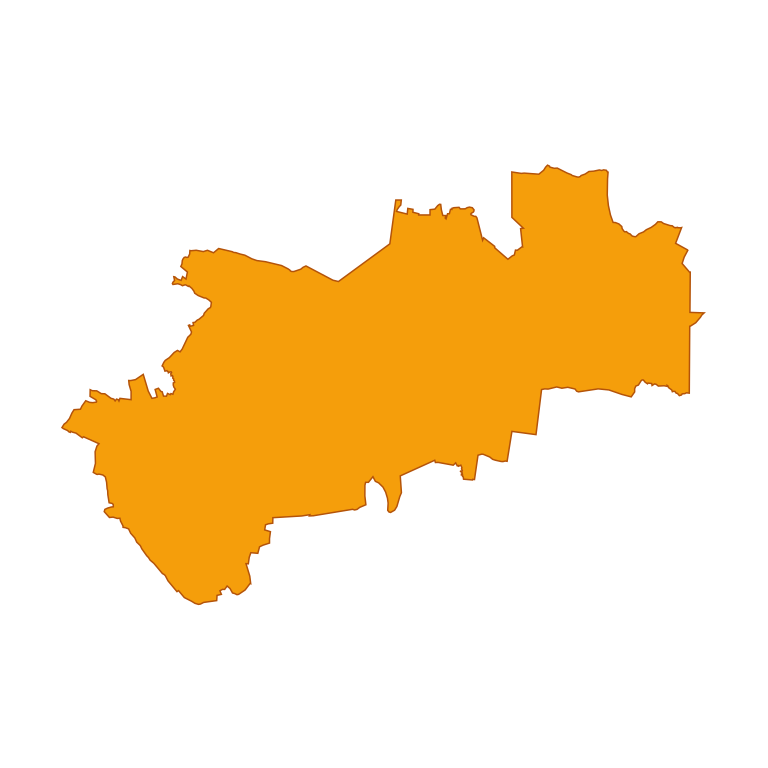 Tileagd, Bihor, Romania, rotated 266°
{"feature_id": "2599482B26148898048823", "entity_name": "Tileagd", "entity_type": "district", "adm_level": 2, "iso_a3": "ROU", "parent_name": "Romania", "parent_adm1": "Bihor", "projection": "equal_earth", "projection_center": [22.211, 47.067], "detail": "fine", "context": "isolated", "style": "filled", "palette": "amber", "viewbox_px": 768, "rotation_deg": 266, "n_neighbors": 0, "source": "geoboundaries", "source_scale": "gbopen_adm2", "svg_char_len": 6119}
<svg xmlns="http://www.w3.org/2000/svg" viewBox="0 0 768 768"><g transform="rotate(266 384 384)"><path d="M519.3,691.8L519.1,690.5L519.4,688.4L519.8,687.7L519.5,687.2L519.8,686.3L519.5,685.5L520.0,684.4L521.7,682.6L522.1,680.4L524.6,674.1L526.4,671.9L526.7,668.5L524.3,665.9L521.6,661.5L519.6,656.4L517.6,653.5L516.1,648.9L513.5,645.6L513.4,644.8L514.2,642.0L516.7,639.8L517.1,638.5L519.1,636.4L518.9,635.0L519.7,634.0L522.4,632.4L524.5,632.2L527.3,629.5L528.9,626.1L529.2,623.8L536.8,621.7L546.3,620.3L556.9,619.9L573.0,621.3L579.7,622.3L579.8,621.8L581.7,620.7L582.3,618.0L581.8,616.1L582.5,613.8L581.7,608.0L581.7,603.3L579.4,599.3L578.2,595.1L577.3,594.3L576.8,592.5L577.1,591.0L578.9,586.2L579.8,585.3L581.7,581.3L587.3,571.9L587.3,568.9L588.8,564.6L589.8,564.3L590.9,562.4L589.0,560.3L586.1,558.2L582.5,553.1L584.6,538.5L584.5,535.7L586.6,526.3L541.3,523.2L529.7,533.9L529.5,531.1L511.1,531.8L511.3,531.3L508.1,526.3L508.4,524.5L503.6,523.0L502.9,520.9L499.8,516.3L512.1,504.0L513.6,504.0L522.9,493.6L520.5,492.4L543.2,488.3L544.8,487.3L545.0,485.6L546.7,482.7L547.5,482.4L548.2,483.0L549.2,485.0L549.9,485.6L551.4,486.0L553.7,484.4L554.5,481.6L554.1,479.2L553.1,477.3L553.2,474.9L553.4,472.3L555.0,471.2L555.0,466.0L554.5,464.0L553.4,463.9L553.6,462.5L549.3,461.1L549.4,459.3L544.4,457.4L545.3,456.6L547.7,457.6L548.0,454.4L553.6,453.4L559.2,453.1L559.4,451.9L558.2,450.0L554.9,446.9L554.7,442.1L549.4,441.7L550.2,430.4L551.4,430.6L553.3,424.8L556.2,425.1L557.5,420.0L551.9,419.0L555.3,408.5L557.3,409.5L560.0,411.7L561.3,413.2L566.3,414.1L566.7,408.6L523.4,399.6L489.4,345.7L491.1,340.3L507.2,314.4L506.1,311.5L504.3,308.9L502.5,302.0L502.6,300.0L503.2,298.6L504.1,298.1L505.5,296.4L509.3,290.1L514.3,274.2L516.0,265.8L518.1,260.9L522.2,254.2L523.7,249.5L525.4,245.3L525.7,243.3L526.6,241.8L530.7,228.5L526.8,223.1L529.7,217.2L528.7,213.0L530.5,206.0L530.4,200.8L530.7,199.7L527.2,199.2L524.1,197.4L524.0,196.2L524.5,194.9L524.2,193.5L522.6,192.1L521.2,191.4L517.8,190.8L515.4,189.5L509.4,195.7L502.5,193.8L505.2,190.6L501.5,188.8L503.1,185.2L505.4,182.9L505.7,181.8L501.9,182.3L500.3,180.6L498.9,179.9L498.0,180.4L498.4,185.3L497.3,188.1L496.1,189.8L496.8,192.4L496.7,193.1L495.0,195.7L495.4,196.3L492.8,199.0L489.8,200.9L487.8,201.5L485.2,204.8L482.4,210.5L482.2,212.2L480.1,215.1L477.5,217.5L473.2,216.6L472.3,216.0L471.3,213.9L467.1,209.6L465.0,208.8L461.5,204.0L460.8,202.2L458.7,199.6L458.6,197.8L455.7,198.1L455.1,194.7L456.5,194.3L456.1,193.0L449.4,195.6L448.1,195.2L447.0,194.7L444.3,191.5L432.9,185.1L430.3,182.8L431.9,180.3L430.1,176.9L425.2,171.6L422.8,167.4L421.0,165.9L417.5,163.9L416.8,164.8L415.7,165.4L412.1,166.4L412.5,168.4L411.7,168.8L411.5,169.5L410.2,169.7L411.0,171.3L410.9,172.6L410.1,172.9L409.1,172.0L406.9,172.2L407.2,173.5L406.3,173.9L404.5,173.7L403.8,174.5L402.5,174.4L401.8,175.1L400.2,175.2L399.8,173.9L397.7,173.7L395.5,174.2L393.4,175.5L390.7,173.5L388.5,172.7L389.3,170.8L388.3,170.0L389.7,167.4L387.0,166.1L387.3,163.2L391.7,162.2L392.2,160.9L395.5,158.7L394.5,155.3L386.9,156.8L386.2,154.5L385.9,151.5L393.4,148.3L410.4,144.5L405.7,136.4L405.1,131.6L405.3,129.6L401.2,129.7L394.3,131.2L386.0,130.6L388.1,119.6L385.5,118.4L387.0,117.7L387.6,116.1L385.9,114.6L387.8,113.4L388.8,110.6L393.7,104.9L394.1,101.3L397.2,97.0L397.7,92.4L398.8,90.5L392.2,89.9L388.4,95.4L386.9,96.1L386.0,95.8L385.7,92.2L386.2,89.1L388.1,85.3L383.0,81.1L380.0,79.4L380.0,73.0L376.7,70.6L371.6,67.9L367.9,64.6L366.3,62.1L363.0,59.7L361.8,61.1L359.6,65.2L358.4,66.1L357.6,67.7L358.7,68.3L357.8,69.6L356.5,73.3L351.4,79.3L352.3,80.6L344.3,95.5L342.1,93.3L336.6,91.1L324.9,90.6L316.1,87.8L314.0,91.0L313.8,91.7L314.0,93.4L312.9,97.1L310.8,99.5L305.4,100.4L298.9,100.5L296.9,100.9L292.7,100.8L284.7,101.5L283.8,104.5L282.7,105.5L280.4,105.4L280.3,103.3L279.5,99.6L278.4,96.8L276.2,96.0L270.0,100.8L270.1,104.5L268.5,108.5L268.5,111.2L265.7,111.6L260.7,113.7L259.2,113.7L258.7,116.0L257.3,119.1L252.7,120.9L247.8,124.7L243.5,126.3L239.8,129.6L236.5,130.9L229.1,135.4L227.4,136.9L224.6,138.4L221.2,141.9L210.4,149.7L209.1,151.6L208.0,152.5L202.7,154.8L191.3,163.0L192.2,164.6L184.9,169.9L180.7,176.9L178.4,180.1L177.1,183.6L177.3,185.6L178.7,188.9L179.6,202.0L184.8,202.7L185.5,207.1L189.2,205.9L190.4,208.5L190.2,210.7L193.4,213.4L190.8,216.1L186.1,218.3L185.3,220.6L184.1,222.6L184.3,224.3L188.2,231.1L194.4,236.5L194.1,237.1L201.7,236.7L214.4,233.8L214.1,236.1L220.6,237.5L225.0,239.4L223.9,246.3L230.3,248.5L231.7,252.2L233.3,258.7L237.7,259.0L244.6,260.4L246.8,254.8L251.8,256.0L252.6,258.9L252.9,263.3L258.4,263.8L258.1,292.8L258.8,300.9L257.6,300.3L257.5,304.3L261.2,343.9L260.4,345.9L260.8,348.4L262.6,351.1L264.8,357.5L273.6,357.1L284.3,357.9L287.2,358.8L287.0,361.6L292.3,366.5L287.5,368.6L285.8,371.7L281.2,375.8L276.0,378.1L269.8,379.5L264.9,379.8L257.7,378.9L256.0,380.0L255.4,381.6L257.4,385.8L260.9,388.3L270.6,391.9L274.4,393.8L291.2,393.8L304.4,429.3L302.1,429.8L302.0,432.6L298.2,447.4L300.3,450.0L297.2,451.4L297.5,452.4L296.8,452.7L297.7,455.0L294.9,455.9L294.0,455.4L292.1,456.1L291.6,455.7L291.7,454.3L291.4,454.2L290.2,455.7L288.6,455.9L288.8,455.0L287.9,454.8L287.4,456.0L286.4,455.9L285.7,456.6L283.5,456.7L282.1,465.6L282.7,465.8L282.4,467.6L306.4,472.8L307.2,476.6L307.0,478.0L303.8,484.4L301.3,487.1L300.2,489.8L298.5,495.5L298.3,497.3L298.7,499.6L298.3,501.4L327.8,508.3L322.9,532.1L367.5,540.8L367.9,544.0L367.5,547.4L369.0,556.1L367.4,561.1L367.9,567.1L365.7,574.2L363.4,575.7L362.6,577.5L364.2,597.3L362.4,607.9L357.0,620.6L353.9,629.7L358.6,633.5L361.8,633.7L364.4,635.1L365.2,637.7L369.3,640.7L370.1,641.9L369.8,643.1L367.6,644.6L365.8,646.9L366.5,647.5L365.8,651.1L363.8,651.3L365.2,653.9L364.7,655.5L362.8,657.5L362.7,663.3L361.9,666.4L362.8,666.4L362.1,667.2L361.6,667.1L360.3,667.9L358.0,670.6L356.2,671.1L356.5,671.9L356.3,673.7L354.5,674.8L354.1,676.1L351.8,677.8L352.3,680.0L353.4,680.8L353.4,683.4L354.1,685.1L353.6,687.9L420.3,693.0L420.4,693.8L423.4,699.3L428.6,704.4L430.5,705.7L432.6,708.3L434.1,694.2L474.2,697.3L474.1,696.7L483.4,689.8L489.6,692.3L496.2,696.4L496.7,696.0L504.0,684.7L519.3,691.8Z" fill="#f59e0b" stroke="#b45309" stroke-width="1.5"/></g></svg>